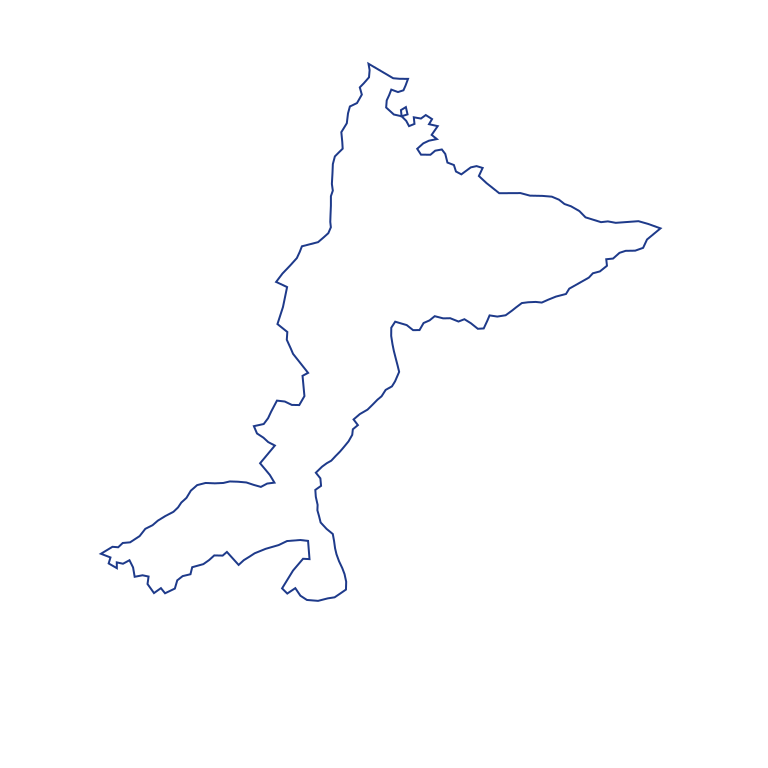 the district of Flor da Serra do Sul, Paraná, Brazil, rotated 295°
{"feature_id": "56859067B68120244559309", "entity_name": "Flor da Serra do Sul", "entity_type": "district", "adm_level": 2, "iso_a3": "BRA", "parent_name": "Brazil", "parent_adm1": "Paraná", "projection": "albers", "projection_center": [-53.304, -26.255], "detail": "fine", "context": "isolated", "style": "outline", "palette": "blue", "viewbox_px": 768, "rotation_deg": 295, "n_neighbors": 0, "source": "geoboundaries", "source_scale": "gbopen_adm2", "svg_char_len": 3454}
<svg xmlns="http://www.w3.org/2000/svg" viewBox="0 0 768 768"><g transform="rotate(295 384 384)"><path d="M181.6,436.4L188.8,433.3L195.0,428.6L199.5,424.0L204.4,418.1L209.6,412.9L214.4,409.1L220.6,405.1L226.4,401.0L228.4,393.2L231.7,385.1L237.0,380.8L241.4,377.0L246.4,374.9L252.9,369.9L259.0,366.5L265.1,370.0L271.6,366.2L274.8,359.7L282.9,362.8L288.0,365.6L292.2,368.6L298.3,370.6L304.2,372.7L310.0,374.3L317.0,376.1L324.5,376.7L329.8,374.9L335.7,377.7L339.0,371.4L346.5,374.8L353.8,379.9L360.2,382.3L367.0,384.7L371.9,387.0L379.4,388.0L385.2,392.2L391.1,392.9L401.4,392.6L406.4,388.6L412.2,383.8L418.2,378.9L423.6,374.9L430.6,370.2L438.1,366.8L445.2,367.8L447.0,379.7L445.1,387.6L447.9,393.4L456.0,394.1L460.9,398.4L466.9,401.3L468.5,409.9L471.6,416.2L472.1,425.1L476.7,429.5L475.8,437.0L473.7,445.7L476.5,450.9L485.0,450.9L490.8,450.7L493.0,458.2L497.7,465.2L504.6,469.0L509.4,471.4L515.6,474.7L519.0,480.1L522.5,486.8L524.5,492.6L529.8,497.2L535.9,502.9L542.5,510.9L548.7,511.6L567.0,524.7L572.6,526.5L577.3,532.1L585.4,536.1L591.0,532.7L594.5,538.6L602.4,542.0L606.8,546.7L611.0,555.3L616.9,561.3L626.1,561.3L641.9,568.8L640.7,555.7L639.1,545.8L628.0,525.9L626.0,518.2L622.4,512.3L620.2,496.2L623.3,488.0L624.1,478.4L623.4,471.5L625.0,464.7L624.7,456.9L621.4,448.0L616.4,436.7L614.7,427.0L605.6,407.8L609.4,392.0L612.6,382.1L621.5,382.1L620.6,375.8L617.0,371.1L606.7,365.5L607.0,359.4L612.0,354.8L611.5,347.9L618.4,342.3L621.0,337.3L617.1,331.8L611.4,329.2L607.5,320.6L611.2,314.7L618.7,317.9L623.5,321.9L628.3,328.4L629.9,321.9L640.4,323.7L638.5,315.0L644.4,315.6L645.4,308.2L640.2,305.3L638.3,298.3L632.6,301.7L628.3,297.7L631.9,292.9L634.1,286.8L632.4,279.0L635.5,269.1L642.2,266.6L647.8,266.6L653.9,266.2L654.5,273.3L658.4,277.5L663.6,277.4L670.7,276.8L667.3,269.4L665.0,263.1L667.7,234.6L662.4,238.3L655.6,240.8L648.0,238.6L642.6,236.7L636.9,241.6L627.2,240.8L621.1,235.8L614.1,237.0L604.6,240.1L594.2,238.9L585.7,243.9L579.8,247.1L574.5,245.1L569.5,243.3L561.7,244.7L553.3,248.2L543.3,252.2L537.6,255.9L531.8,256.5L523.2,260.5L514.8,264.0L508.2,266.8L503.6,269.6L497.2,269.8L491.5,267.4L484.7,264.3L474.1,251.4L468.2,251.8L461.3,251.8L451.5,248.8L441.2,245.3L430.9,243.1L430.9,255.2L411.1,259.9L393.3,262.1L390.3,274.4L383.0,277.2L376.6,284.7L372.9,288.8L362.0,310.5L357.0,306.7L339.4,317.0L329.1,316.1L326.1,309.3L326.2,301.5L323.7,294.0L311.1,293.4L304.0,293.4L296.9,291.9L290.8,283.9L285.5,289.8L284.4,297.4L282.4,303.7L282.1,311.1L259.8,305.2L253.3,319.0L248.3,326.4L244.4,320.2L238.7,315.9L237.5,308.5L236.6,300.9L233.7,292.9L230.5,285.4L226.4,280.2L222.5,272.7L218.9,264.1L213.4,257.4L205.7,254.0L197.3,253.1L190.9,250.4L185.1,249.5L179.2,247.2L171.9,241.6L164.6,236.8L158.2,233.9L151.9,228.9L142.9,226.8L133.2,220.8L129.5,214.4L123.7,212.1L121.7,206.7L110.5,199.2L111.2,209.4L105.0,210.3L104.2,219.7L109.4,217.2L110.8,223.4L116.7,227.8L111.7,234.1L103.9,239.5L108.6,246.0L110.0,252.0L102.8,254.2L97.3,263.9L104.7,268.1L101.8,274.0L110.2,280.9L118.7,279.6L124.8,282.7L129.8,289.0L136.9,287.6L144.4,296.4L150.5,299.9L156.9,302.6L160.3,310.3L165.4,312.6L158.6,328.7L165.1,331.4L170.9,335.2L175.9,338.3L184.6,346.4L193.5,356.6L200.7,362.5L207.2,374.0L209.7,381.5L193.8,390.5L191.4,384.5L176.5,380.4L155.7,378.0L153.2,384.9L161.5,389.9L156.8,397.7L155.7,405.4L159.6,415.9L166.0,423.7L169.8,429.4L175.3,432.7L181.6,436.4ZM634.1,286.8L638.3,291.4L644.2,286.8L639.4,283.6L634.1,286.8Z" fill="none" stroke="#1e3a8a" stroke-width="2"/></g></svg>